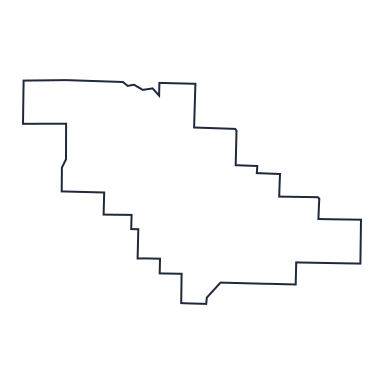 outline of Saline, Arkansas, United States of America
{"feature_id": "52423323B8225934162220", "entity_name": "Saline", "entity_type": "district", "adm_level": 2, "iso_a3": "USA", "parent_name": "United States of America", "parent_adm1": "Arkansas", "projection": "natural_earth1", "projection_center": [-92.653, 34.636], "detail": "fine", "context": "isolated", "style": "outline", "palette": "slate", "viewbox_px": 384, "rotation_deg": 0, "n_neighbors": 0, "source": "geoboundaries", "source_scale": "gbopen_adm2", "svg_char_len": 758}
<svg xmlns="http://www.w3.org/2000/svg" viewBox="0 0 384 384"><path d="M137.6,258.5L144.8,258.4L160.0,258.7L159.7,273.4L181.6,273.8L181.2,303.1L188.3,303.4L206.2,303.9L206.8,297.6L220.5,282.6L266.1,283.8L269.2,283.8L295.7,284.5L296.2,262.4L299.6,262.5L360.4,263.6L361.0,219.7L327.0,219.2L318.4,219.0L319.0,204.3L319.3,198.7L317.8,197.2L279.2,196.6L279.5,186.8L280.0,174.0L277.6,173.9L256.8,173.1L257.3,166.0L235.7,165.2L236.5,130.8L235.2,128.9L194.1,127.5L195.4,83.8L159.4,82.9L159.1,95.6L152.6,88.4L142.8,89.9L133.9,84.7L127.7,85.9L122.9,82.0L66.1,80.1L23.6,80.6L23.0,123.8L66.1,123.7L66.0,159.3L61.9,167.6L61.7,191.4L104.2,192.5L103.6,214.6L131.6,214.9L131.4,221.6L131.2,229.1L138.3,229.2L137.6,258.5Z" fill="none" stroke="#1e293b" stroke-width="2"/></svg>